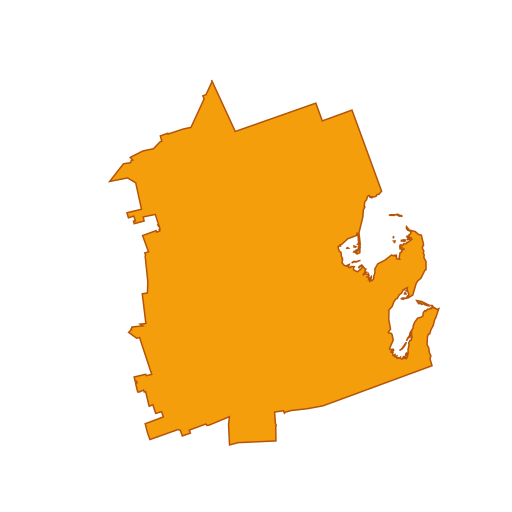 outline of Felipe Carrillo Puerto, Quintana Roo, Mexico, rotated 340°
{"feature_id": "50627088B38743512142751", "entity_name": "Felipe Carrillo Puerto", "entity_type": "district", "adm_level": 2, "iso_a3": "MEX", "parent_name": "Mexico", "parent_adm1": "Quintana Roo", "projection": "orthographic", "projection_center": [-87.619, 19.738], "detail": "fine", "context": "isolated", "style": "filled", "palette": "amber", "viewbox_px": 512, "rotation_deg": 340, "n_neighbors": 0, "source": "geoboundaries", "source_scale": "gbopen_adm2", "svg_char_len": 6178}
<svg xmlns="http://www.w3.org/2000/svg" viewBox="0 0 512 512"><g transform="rotate(340 256 256)"><path d="M274.4,75.4L274.4,77.0L264.2,87.3L260.9,87.3L261.0,90.6L238.9,112.9L231.3,111.8L215.1,111.3L215.1,110.5L207.2,110.4L206.7,116.0L205.1,115.8L196.3,120.1L185.6,118.6L171.5,120.3L173.0,123.7L171.5,123.6L170.0,125.4L163.0,124.0L144.0,135.9L162.0,138.7L168.0,146.1L164.4,172.9L149.5,171.2L149.2,176.5L154.8,176.7L154.7,181.8L152.8,181.4L152.6,184.0L162.8,184.9L163.4,180.7L175.6,182.5L175.2,192.9L174.4,193.0L174.6,194.6L175.2,194.5L175.0,197.9L174.1,197.9L174.1,199.6L170.8,199.6L170.8,198.0L156.4,198.0L156.4,215.3L152.5,215.1L152.6,217.3L151.8,218.2L145.5,243.3L141.3,253.6L136.2,252.6L129.4,281.8L123.8,280.4L125.7,282.9L115.2,280.3L113.6,282.0L113.9,282.5L110.2,284.2L115.7,292.4L118.7,292.8L117.5,331.6L111.9,330.9L111.9,329.4L100.1,328.0L99.6,332.9L100.8,332.8L100.9,334.5L99.3,334.5L98.3,343.3L99.7,343.9L104.5,343.5L104.5,345.6L105.9,345.8L104.2,360.6L108.2,360.6L107.9,369.6L114.0,370.0L113.9,375.5L94.5,375.7L93.6,384.8L93.5,392.2L123.1,392.4L125.3,393.9L125.2,399.9L133.8,400.0L133.8,396.8L151.4,396.7L151.9,398.4L154.1,398.9L176.1,397.9L172.7,404.6L166.5,424.5L175.4,425.3L211.5,436.6L216.0,423.6L217.1,422.1L217.0,419.8L220.1,409.0L228.9,410.8L228.9,413.4L230.1,412.8L236.0,413.2L252.2,417.1L267.7,419.7L383.9,419.3L384.3,412.2L386.2,409.7L385.8,406.3L386.9,401.5L386.4,397.9L389.4,390.7L391.2,388.5L392.6,388.6L395.1,385.2L398.7,382.0L402.4,376.5L403.4,376.0L409.8,368.0L407.7,368.0L405.3,364.7L403.6,364.7L403.1,365.4L402.1,364.6L401.3,365.3L398.8,364.6L398.0,365.4L396.7,365.8L396.0,365.1L393.9,366.3L392.4,369.3L390.6,370.0L386.6,369.7L382.3,372.6L379.8,375.4L379.1,377.3L374.6,380.8L372.9,383.4L370.2,385.2L368.4,387.3L370.1,385.6L372.9,384.6L373.5,383.4L374.1,383.5L374.0,382.2L374.9,381.1L376.9,379.5L375.6,381.7L374.7,385.9L374.1,385.6L373.1,388.2L371.7,388.0L369.7,390.0L369.3,392.0L366.9,395.8L365.4,400.1L364.6,401.0L364.3,400.5L363.0,401.0L364.0,402.2L362.0,403.9L361.3,403.3L361.9,402.7L361.7,402.5L357.7,402.8L356.8,401.5L357.2,400.5L355.3,401.1L354.9,400.2L353.8,400.5L353.0,398.8L353.6,399.0L354.2,398.1L352.3,398.2L351.9,397.9L352.9,396.2L350.8,396.4L351.0,394.3L352.3,392.8L351.5,393.1L350.7,392.4L350.6,393.0L350.0,392.5L350.7,391.7L353.1,391.7L353.1,390.5L349.9,389.7L349.8,388.7L356.2,381.9L357.0,376.2L356.5,374.8L354.4,373.8L354.2,372.8L357.4,370.8L359.0,361.2L362.5,352.2L366.7,350.0L369.6,346.5L372.5,344.3L374.2,344.2L377.3,341.5L380.0,340.7L382.9,338.1L383.4,338.6L385.2,337.6L387.5,337.5L385.9,339.9L385.4,339.8L384.4,340.3L386.5,340.3L386.4,344.4L385.7,345.8L384.7,345.3L383.0,347.1L380.2,345.9L380.2,346.8L385.0,347.4L390.0,346.3L397.2,336.5L399.6,334.7L403.4,333.3L409.9,327.1L411.1,327.0L413.9,319.2L413.2,314.9L414.4,312.6L414.2,310.7L415.4,308.7L415.0,305.5L416.1,303.6L416.9,303.6L417.5,302.0L418.5,292.9L416.2,291.5L414.0,287.5L408.9,284.1L407.5,279.9L406.8,281.2L407.1,283.0L407.5,283.6L407.8,282.6L409.8,286.5L408.6,288.2L407.1,288.3L405.6,290.6L406.6,290.3L406.8,292.3L407.8,291.9L408.2,293.6L403.5,295.1L402.6,294.7L402.1,295.4L400.7,295.7L398.7,295.1L397.4,296.2L396.0,295.0L395.0,295.1L394.4,296.0L395.7,297.6L394.1,297.3L393.8,298.7L398.1,300.2L395.6,300.3L394.5,300.9L394.3,302.0L392.5,302.2L389.9,306.6L389.9,308.2L387.1,306.6L388.4,302.5L387.5,303.7L386.8,303.7L386.3,302.6L385.0,302.7L383.7,301.4L375.8,304.0L367.8,305.0L363.4,308.6L362.0,312.5L359.7,315.4L358.9,317.5L356.7,318.8L355.7,318.7L355.9,317.8L354.2,318.6L354.4,317.3L353.6,316.9L355.6,315.4L354.3,315.5L354.3,314.6L353.3,313.8L355.5,313.3L355.6,311.1L354.0,311.3L352.5,309.7L349.7,310.8L352.1,308.9L354.2,309.0L353.1,308.2L353.1,307.4L354.8,305.9L354.1,305.5L352.3,300.6L349.3,301.2L348.3,302.6L351.0,301.3L352.5,302.1L351.2,303.6L346.1,305.6L343.0,302.6L343.4,300.8L344.7,299.6L341.7,298.4L340.7,299.1L339.5,298.7L339.0,297.4L337.9,296.7L339.8,297.1L340.8,295.8L337.0,296.1L335.8,295.1L334.5,291.7L336.1,289.2L335.9,288.1L336.5,287.8L336.1,286.0L337.1,281.5L336.0,280.1L335.9,277.6L336.5,275.1L338.8,275.5L338.6,274.3L340.4,274.4L348.2,271.2L357.4,271.1L358.7,269.2L359.2,269.3L358.4,271.5L358.8,272.6L357.4,276.6L357.5,277.8L356.4,279.0L357.3,280.2L355.7,280.0L356.9,281.5L356.1,281.8L356.8,281.9L356.7,282.7L354.7,282.4L356.4,283.5L355.2,283.9L355.7,284.2L354.6,285.0L352.1,284.7L351.6,284.9L354.3,285.3L353.4,285.8L351.1,286.0L349.7,285.2L349.2,285.6L352.5,286.9L350.6,286.9L351.7,288.7L354.7,288.4L358.2,279.7L360.7,269.4L369.8,255.8L372.7,249.3L375.1,247.2L374.6,246.7L376.6,242.4L379.2,240.9L380.8,238.6L382.6,237.6L383.4,238.5L383.2,239.8L384.9,241.0L385.5,240.6L385.2,240.0L388.0,241.0L389.8,240.7L390.8,239.6L392.5,240.1L396.2,238.0L396.1,151.7L364.5,151.7L364.5,132.8L279.1,131.9L274.4,75.4ZM397.6,358.2L397.6,359.2L401.4,362.2L401.6,361.2L396.0,355.3L391.7,352.8L392.5,356.4L394.0,356.8L393.8,356.1L394.7,356.1L394.9,358.1L397.6,358.2ZM394.8,263.2L399.6,265.1L401.2,265.0L396.8,263.3L394.8,263.2ZM358.5,393.8L361.2,393.4L363.6,392.2L366.6,389.9L367.8,388.4L361.4,393.0L358.5,393.8ZM343.5,295.2L346.7,295.2L347.9,295.9L352.7,295.8L348.9,295.7L345.9,294.5L343.5,295.2ZM397.9,291.0L397.7,291.7L399.9,292.3L400.2,291.8L400.0,292.9L400.8,293.2L401.5,292.6L401.6,291.9L400.4,291.3L397.9,291.0ZM351.2,281.1L352.6,281.7L353.2,281.4L351.5,280.1L351.2,281.1ZM345.1,279.5L343.3,279.7L345.6,280.3L345.1,279.5ZM380.0,345.9L378.6,345.6L378.0,345.9L379.6,347.0L380.0,345.9ZM401.6,265.0L403.3,266.3L404.2,266.2L403.3,265.1L401.6,265.0ZM383.1,341.5L382.5,342.4L384.0,343.0L384.0,341.9L383.1,341.5ZM391.8,289.4L390.4,289.1L390.9,289.9L390.4,291.3L391.8,289.4ZM364.3,398.7L363.3,399.2L363.0,399.7L364.3,400.2L364.3,398.7ZM405.1,267.7L406.6,268.6L406.8,268.4L406.1,267.4L405.1,267.7ZM361.6,401.3L360.1,401.0L359.7,401.4L361.4,401.9L361.6,401.3ZM404.9,291.6L404.4,292.3L403.0,292.3L405.5,292.8L404.9,291.6ZM403.5,362.3L404.8,364.5L404.8,362.9L403.5,362.3ZM404.1,266.4L404.0,267.5L405.1,267.8L404.8,266.6L404.1,266.4ZM357.4,314.7L357.2,314.8L356.1,316.4L357.1,315.9L357.4,314.7ZM392.5,284.9L391.5,285.0L391.1,286.4L391.9,285.2L392.5,284.9ZM404.9,289.0L404.4,289.1L404.6,290.7L405.2,291.1L404.9,289.0Z" fill="#f59e0b" stroke="#b45309" stroke-width="1.5"/></g></svg>